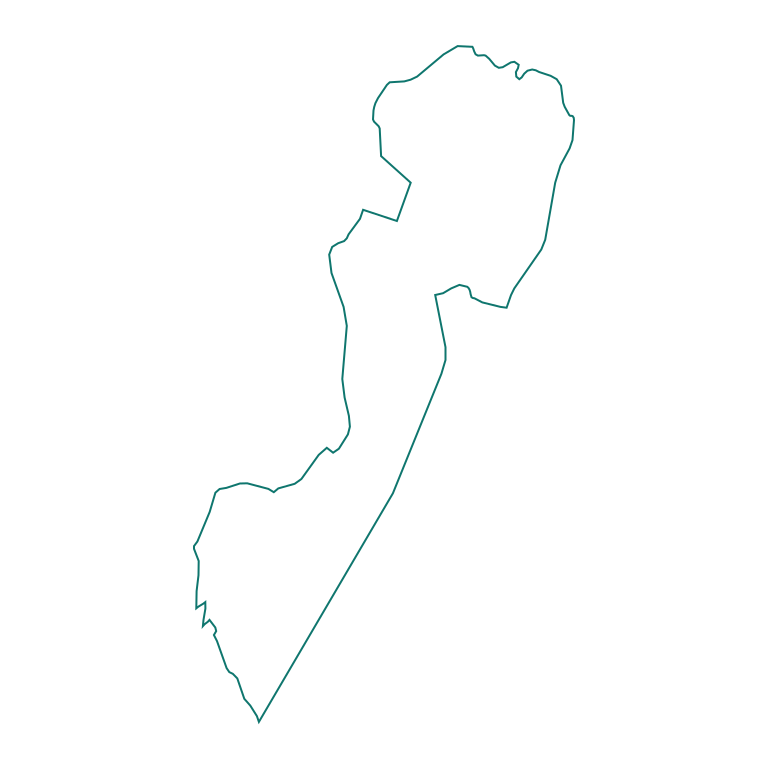 an SVG outline of Negros Occidental
{"feature_id": "PHL-2518", "entity_name": "Negros Occidental", "entity_type": "Province", "adm_level": 1, "iso_a3": "PHL", "parent_name": "Philippines", "parent_adm1": "", "projection": "equal_earth", "projection_center": [123.001, 10.217], "detail": "fine", "context": "isolated", "style": "outline", "palette": "teal", "viewbox_px": 768, "rotation_deg": 0, "n_neighbors": 0, "source": "natural_earth", "source_scale": "10m", "svg_char_len": 1772}
<svg xmlns="http://www.w3.org/2000/svg" viewBox="0 0 768 768"><path d="M258.9,721.9L256.9,716.1L250.3,705.6L244.3,698.8L237.3,678.4L232.8,673.8L229.3,672.1L226.6,668.1L217.0,641.1L213.9,635.0L216.2,631.1L215.3,627.5L209.5,619.9L207.8,621.8L204.6,624.2L202.9,626.1L203.5,619.9L205.4,608.6L205.3,602.1L203.4,603.6L198.3,606.7L196.3,608.3L196.6,591.1L198.5,575.2L198.7,561.0L194.0,548.8L194.0,546.1L197.4,541.5L209.7,511.9L215.4,492.7L219.6,489.0L226.3,487.9L239.9,483.5L247.2,483.3L268.4,488.9L273.8,492.2L278.3,488.4L294.7,483.8L301.4,479.0L318.7,454.9L326.8,447.8L333.1,452.7L338.9,448.7L347.9,434.4L349.9,426.7L348.9,415.9L344.6,397.5L342.3,379.0L346.8,325.9L343.6,306.9L331.5,273.0L329.2,254.6L332.2,246.9L338.2,243.2L344.1,241.1L346.8,238.3L348.6,234.3L360.0,218.8L363.1,209.8L396.9,221.0L410.7,182.7L381.1,156.1L379.7,128.5L378.7,126.3L374.0,121.6L373.0,119.4L373.5,110.5L374.2,107.0L375.4,103.2L378.0,98.1L386.9,84.9L389.7,82.3L404.3,81.4L410.6,79.7L417.1,76.6L443.6,54.4L457.6,46.1L472.4,46.8L473.2,48.4L474.2,51.4L475.6,54.3L477.9,55.6L484.0,55.2L485.6,55.6L489.2,58.8L494.9,65.6L498.8,67.8L502.7,67.2L510.9,62.4L514.4,61.8L518.7,64.8L518.0,68.2L515.9,72.1L516.3,76.6L519.3,79.2L521.7,77.4L524.2,73.7L527.5,70.7L532.2,69.5L535.8,70.3L539.1,72.0L550.6,75.8L556.7,79.2L561.0,85.7L563.2,102.8L564.7,106.8L569.3,115.1L570.2,115.8L571.4,115.8L572.6,116.1L573.7,117.7L574.0,120.1L572.5,140.1L569.6,148.4L560.5,165.3L555.2,182.7L545.2,239.8L541.3,249.5L514.3,288.4L511.0,295.1L506.6,307.7L500.5,306.9L482.3,302.4L474.5,298.3L472.8,298.0L471.5,297.2L470.6,294.1L470.2,291.8L469.6,289.9L468.7,288.2L467.3,286.8L459.4,284.9L451.2,288.4L443.1,293.2L435.2,295.0L445.5,347.2L445.5,360.0L441.4,373.8L392.9,493.3L258.9,721.9Z" fill="none" stroke="#0f766e" stroke-width="2"/></svg>